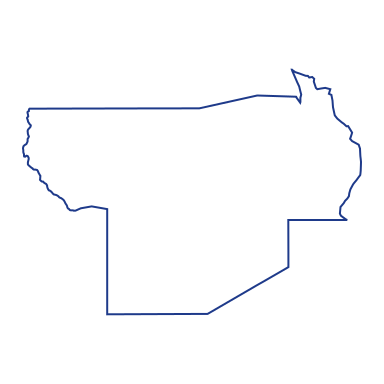 Sarmiento, San Juan, Argentina (Mercator projection)
{"feature_id": "61730980B2987031825940", "entity_name": "Sarmiento", "entity_type": "district", "adm_level": 2, "iso_a3": "ARG", "parent_name": "Argentina", "parent_adm1": "San Juan", "projection": "mercator", "projection_center": [-68.823, -32.078], "detail": "fine", "context": "isolated", "style": "outline", "palette": "blue", "viewbox_px": 384, "rotation_deg": 0, "n_neighbors": 0, "source": "geoboundaries", "source_scale": "gbopen_adm2", "svg_char_len": 3756}
<svg xmlns="http://www.w3.org/2000/svg" viewBox="0 0 384 384"><path d="M347.2,220.0L346.4,219.6L345.7,219.3L344.0,218.0L343.7,217.8L340.9,215.7L339.9,213.6L340.3,209.2L340.5,207.0L341.5,205.8L343.7,203.2L345.1,200.8L347.3,198.6L348.1,197.4L348.9,196.2L349.3,193.2L350.1,190.4L350.4,189.4L350.7,188.8L352.9,184.7L353.6,183.6L355.5,181.3L356.2,180.5L358.4,177.5L360.2,175.1L360.4,173.9L360.7,170.8L360.9,165.5L361.0,161.9L360.7,158.9L360.4,156.4L360.3,155.0L360.0,148.8L360.0,148.5L359.9,148.3L358.7,144.7L355.6,143.0L352.1,141.1L350.1,138.8L350.8,136.8L351.8,133.7L352.1,132.6L350.7,130.3L348.1,126.1L346.5,126.3L343.7,123.7L341.8,122.4L337.3,118.6L334.8,115.4L334.4,113.7L333.0,107.2L332.8,104.8L332.5,100.6L331.4,94.9L328.9,93.8L329.5,91.8L330.3,89.2L325.3,87.9L325.1,87.9L321.1,88.5L317.3,89.2L315.9,87.9L313.8,81.6L314.2,78.8L312.3,77.1L312.2,77.0L311.7,77.1L309.2,77.5L307.9,75.9L305.7,75.8L303.5,75.0L299.7,73.6L295.2,72.1L293.8,71.1L293.7,71.0L293.1,70.7L292.9,70.5L292.0,69.7L291.9,69.7L292.1,70.2L292.1,70.4L292.1,70.5L293.2,73.0L296.2,79.9L297.0,81.8L299.2,86.5L300.2,90.7L301.0,93.8L301.1,94.3L301.2,94.5L301.1,95.0L300.8,96.2L300.8,96.3L300.5,97.2L300.5,97.5L300.4,97.7L300.4,97.8L300.4,98.9L300.4,101.6L300.4,102.0L300.2,102.7L296.3,97.3L296.2,96.8L295.2,96.7L257.2,95.5L199.5,108.3L196.9,108.3L188.3,108.3L178.3,108.4L172.1,108.4L154.5,108.4L54.8,108.6L30.2,108.7L29.5,108.7L29.3,108.9L29.2,109.1L28.9,109.8L28.9,110.4L28.9,110.5L28.8,111.2L28.6,111.3L27.7,111.7L27.5,112.2L27.5,112.9L27.7,113.5L28.0,114.7L28.0,114.9L28.2,116.1L28.2,116.5L27.6,117.1L27.1,117.7L27.0,118.0L27.4,119.2L27.7,119.7L27.8,120.6L27.9,120.8L28.0,121.2L28.1,121.7L28.3,122.0L28.4,122.3L28.5,122.4L28.8,122.8L29.6,124.1L30.5,125.0L30.8,125.3L30.7,126.0L30.5,126.7L30.2,127.2L28.3,129.3L28.1,129.5L28.0,129.8L27.8,130.2L27.6,131.1L27.7,131.6L27.8,132.7L27.8,133.1L28.0,134.2L28.2,134.8L28.5,135.7L28.8,136.1L28.9,136.4L28.5,137.5L27.6,139.0L27.6,141.0L27.5,141.7L27.2,142.3L26.7,143.4L26.5,143.8L26.3,144.1L25.5,144.6L25.3,144.7L25.1,144.8L24.7,145.1L24.3,145.4L23.5,146.2L23.4,146.7L23.2,147.1L23.0,148.3L23.1,149.1L23.3,150.1L23.3,151.9L23.3,152.1L23.7,153.5L24.0,154.1L24.0,155.2L24.0,155.3L24.0,156.1L24.3,156.6L25.4,156.6L25.5,156.4L25.8,156.1L26.7,155.7L27.4,156.0L27.5,156.0L28.0,156.4L28.2,157.0L28.6,157.7L28.7,158.3L28.7,159.1L28.4,160.1L28.2,161.1L28.0,161.7L28.0,162.0L27.9,162.3L27.9,162.5L27.9,163.1L27.9,163.4L27.9,164.2L28.0,164.6L28.5,165.1L28.9,165.6L29.4,165.9L29.7,166.2L30.3,166.8L30.9,167.2L31.4,167.7L32.6,168.4L32.8,168.9L33.6,169.5L34.4,169.6L35.4,169.6L36.3,169.8L37.1,170.0L37.7,170.8L38.1,171.5L38.3,172.2L38.4,172.6L38.8,173.1L39.2,173.9L39.6,174.6L40.0,175.3L40.4,175.9L40.3,176.8L40.3,177.0L40.2,178.2L40.2,178.8L40.0,179.8L40.8,180.7L41.4,181.2L41.6,181.3L41.8,181.5L42.4,181.6L43.1,181.6L43.9,182.5L44.5,183.1L45.4,183.5L45.5,183.6L46.2,184.0L46.9,185.2L47.1,185.4L47.1,185.6L47.1,186.2L47.5,187.9L47.9,188.7L48.2,189.4L48.5,189.7L48.7,190.2L49.2,190.5L49.5,190.5L49.8,190.6L50.4,191.0L50.9,191.3L51.6,192.2L52.0,192.4L52.8,193.6L53.6,194.2L53.9,194.5L54.6,194.6L55.3,194.8L55.8,194.9L56.7,195.2L57.3,195.6L57.7,195.8L58.6,196.5L59.2,197.3L60.4,197.9L61.1,198.1L62.1,198.8L62.6,199.2L63.0,199.5L63.5,199.9L63.6,200.1L64.2,200.9L64.7,201.8L65.0,202.4L65.5,203.5L66.5,204.9L67.1,206.1L67.2,206.8L67.4,207.4L67.8,208.2L68.2,208.6L69.0,209.0L69.3,209.4L69.8,210.0L70.2,210.2L70.8,210.3L71.6,210.3L72.2,210.3L73.2,210.4L73.7,210.7L74.3,210.7L74.7,210.7L75.2,210.7L75.6,210.6L77.4,209.8L80.8,208.3L91.6,206.4L92.3,206.5L107.2,209.1L107.2,249.6L107.2,293.7L107.2,314.3L107.4,314.3L207.6,313.9L256.1,285.7L268.2,278.8L288.4,267.1L288.4,252.3L288.3,220.0L291.5,220.0L346.4,220.0L347.2,220.0Z" fill="none" stroke="#1e3a8a" stroke-width="2"/></svg>